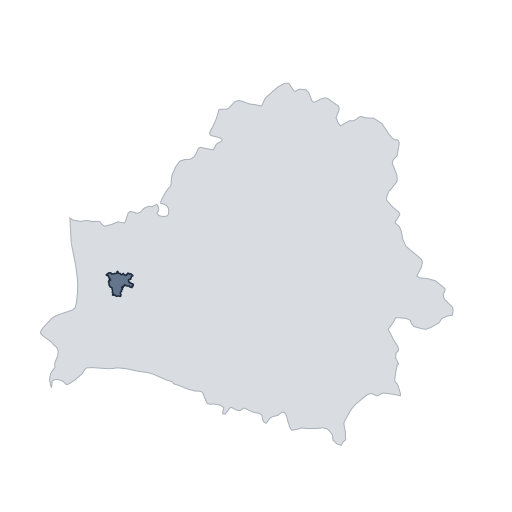 Zel'va, Grodno, Belarus shown in context, rotated 8°
{"feature_id": "67162791B91505134452571", "entity_name": "Zel'va", "entity_type": "district", "adm_level": 2, "iso_a3": "BLR", "parent_name": "Belarus", "parent_adm1": "Grodno", "projection": "mercator", "projection_center": [24.857, 53.119], "detail": "fine", "context": "in_parent", "style": "filled", "palette": "slate", "viewbox_px": 512, "rotation_deg": 8, "n_neighbors": 0, "source": "geoboundaries", "source_scale": "gbopen_adm2", "svg_char_len": 7057}
<svg xmlns="http://www.w3.org/2000/svg" viewBox="0 0 512 512"><g transform="rotate(8 256 256)"><path d="M418.5,374.3L410.5,373.8L400.8,374.0L395.3,377.8L389.4,375.9L385.2,378.1L375.6,388.5L371.9,394.1L368.4,402.7L366.2,409.0L367.4,413.5L369.1,417.6L369.5,422.0L370.4,425.5L368.1,428.0L366.7,431.6L362.6,431.0L357.7,427.5L356.7,422.5L352.9,418.9L350.4,417.1L346.2,416.8L339.6,418.5L331.0,419.7L324.5,420.1L321.0,421.9L315.7,423.6L313.7,421.6L310.8,415.8L308.4,410.1L306.7,407.6L305.3,406.9L303.6,407.0L301.5,408.8L300.0,410.7L294.6,412.9L292.2,414.9L289.5,420.2L287.8,419.8L286.0,418.6L283.9,412.7L281.1,411.3L276.5,411.3L270.8,410.0L266.3,408.2L264.6,408.7L261.9,411.2L258.9,411.5L252.4,409.3L251.2,410.3L247.4,416.8L245.7,417.1L244.7,416.3L245.2,410.7L241.5,408.7L235.1,408.4L230.7,409.2L228.5,408.9L227.4,407.8L221.9,398.3L219.1,397.7L213.9,398.2L206.3,397.1L197.5,394.9L192.6,394.1L190.1,392.0L184.7,391.3L170.2,387.2L164.2,386.5L155.5,386.5L142.2,385.6L133.7,386.1L129.7,387.4L125.1,388.2L109.3,389.3L103.7,390.4L102.1,392.4L100.2,396.8L93.7,404.3L87.4,409.4L86.2,409.8L82.5,407.1L79.4,406.2L75.8,405.9L73.2,406.8L71.6,408.1L71.8,413.9L71.5,414.4L68.7,407.5L68.9,401.2L70.5,397.6L72.4,394.4L71.6,389.6L73.4,383.1L73.5,378.5L72.7,376.4L71.2,374.1L67.1,371.5L65.2,369.5L59.7,366.8L54.1,363.5L53.2,361.4L53.5,360.0L54.4,357.8L58.6,351.5L63.2,345.4L66.1,342.9L81.7,335.0L84.1,332.3L84.7,327.6L84.4,318.1L83.5,309.4L82.3,303.4L79.3,292.2L71.2,268.7L66.4,244.2L69.5,245.7L77.0,246.2L82.9,244.5L85.9,244.3L88.6,244.8L96.4,243.4L98.3,245.6L101.8,247.6L108.6,244.8L114.7,241.3L121.0,241.7L121.9,240.0L123.4,231.2L125.3,229.3L132.8,230.2L135.6,228.6L138.5,224.3L142.9,221.6L146.6,221.6L150.4,218.6L152.3,220.6L153.3,224.2L152.0,227.1L152.5,228.3L155.2,229.7L159.8,229.7L162.7,228.5L163.4,226.8L163.4,223.8L162.6,221.0L160.7,218.6L157.1,217.3L154.5,217.3L154.1,215.7L155.0,212.4L157.2,206.3L160.0,200.8L161.7,198.7L161.9,196.8L161.6,193.5L161.6,187.4L164.0,178.9L167.4,172.6L171.8,170.5L177.3,169.4L180.8,166.4L182.5,162.9L184.0,157.3L185.8,156.2L198.9,156.9L200.9,151.4L202.1,149.9L204.6,148.2L206.4,146.3L205.7,144.8L202.3,143.8L194.4,142.9L192.8,141.1L193.3,138.9L195.4,133.2L197.5,125.8L198.5,120.1L198.6,116.7L199.7,115.8L206.2,114.7L208.3,113.5L213.9,105.7L218.1,104.3L229.1,106.4L234.1,106.2L240.4,106.8L241.0,106.0L243.2,98.2L254.0,85.7L259.8,81.3L263.5,80.4L264.7,80.6L270.5,87.2L271.9,87.5L275.8,84.7L282.4,84.5L285.5,86.8L290.0,94.9L292.2,95.8L298.7,91.3L302.3,89.8L304.7,89.9L316.9,96.1L317.8,98.2L317.9,100.5L316.0,107.8L318.5,112.3L321.5,115.4L327.8,110.4L330.1,108.9L332.6,108.9L336.0,107.0L338.5,104.2L340.8,103.2L345.3,103.9L353.5,103.2L362.9,107.7L363.7,109.0L368.5,114.2L370.1,116.8L371.7,117.6L374.2,120.1L377.6,121.7L379.9,121.2L381.0,122.0L382.1,124.0L382.2,127.4L381.8,137.0L378.4,142.0L378.0,143.7L378.2,145.9L380.8,150.0L384.3,156.4L385.1,160.1L385.1,162.8L380.4,171.0L378.8,172.9L377.7,176.9L377.2,180.9L377.5,182.6L385.4,189.1L391.2,192.6L392.5,194.3L392.6,195.3L389.5,202.2L389.2,204.0L393.9,206.9L396.5,211.4L398.8,218.7L403.2,225.6L419.7,235.8L421.2,237.6L421.7,239.8L421.2,244.6L418.1,253.5L421.0,254.9L428.3,254.5L437.1,255.6L447.7,262.0L447.8,264.8L446.7,267.4L447.4,270.2L448.6,272.5L457.8,279.5L458.6,281.6L458.8,285.0L458.6,287.5L456.0,288.0L453.2,289.2L448.6,292.2L446.7,296.5L439.3,302.3L434.6,304.9L431.0,305.0L422.2,303.9L419.1,301.0L417.9,298.3L414.5,297.1L410.0,297.0L403.8,297.5L402.6,298.3L401.6,301.5L398.9,307.1L397.1,310.2L404.9,321.1L408.8,325.6L410.1,328.3L410.0,330.3L408.2,332.6L408.4,337.2L412.3,343.3L411.0,344.2L410.6,351.7L410.6,359.6L411.6,361.5L413.7,363.1L415.4,366.0L418.3,372.6L418.5,374.3Z" fill="#d9dde1" stroke="#a8b0b8" stroke-width="1"/><path d="M134.5,291.0L134.1,291.2L133.9,291.3L133.6,291.6L133.3,291.6L133.0,291.3L132.7,291.0L132.2,290.8L131.3,290.9L131.1,291.3L131.3,291.6L131.3,291.8L131.1,292.0L130.8,292.1L130.5,292.2L130.2,292.6L130.3,292.9L130.2,293.2L129.9,293.4L129.4,293.4L129.1,293.2L128.6,293.0L128.3,293.0L127.9,292.9L127.7,292.7L127.4,292.1L127.2,291.8L126.8,291.9L126.8,292.2L126.6,292.4L126.4,292.7L126.1,292.8L125.8,293.0L125.5,293.1L125.2,293.3L124.8,293.2L124.4,292.9L124.2,292.4L123.8,292.2L123.2,292.2L122.5,292.2L122.0,292.2L121.9,292.0L121.7,291.6L121.7,291.2L121.6,290.9L121.3,290.6L120.9,290.5L120.6,290.8L120.7,291.1L120.7,291.4L120.7,291.6L120.6,291.9L120.4,292.2L120.2,292.6L119.6,292.8L119.2,292.9L118.9,292.8L118.5,293.0L118.2,293.3L117.5,293.5L117.0,293.5L116.6,293.6L116.2,293.7L115.9,293.8L115.3,293.9L115.2,293.8L115.1,293.4L115.0,293.1L114.6,292.9L113.8,293.0L113.3,292.9L112.9,293.1L112.5,293.2L112.2,293.4L112.1,293.9L112.1,294.2L111.9,294.5L111.7,294.6L111.4,294.5L111.0,294.7L110.6,294.9L110.4,295.3L110.5,295.6L110.7,296.0L111.4,296.0L111.9,296.0L112.1,296.2L112.5,296.3L112.7,296.6L112.9,296.8L113.1,297.0L113.2,297.4L113.3,297.9L113.5,298.2L113.8,298.3L114.0,298.3L114.1,298.6L114.1,299.1L114.1,299.4L114.5,299.5L114.7,299.4L115.0,299.4L115.2,299.7L115.3,300.0L115.1,300.4L114.9,300.5L114.6,300.7L114.1,300.7L113.8,300.8L113.9,301.2L114.0,301.4L113.8,301.8L113.5,302.0L113.5,302.3L113.7,302.5L113.8,302.7L114.0,303.0L114.2,303.4L114.3,303.7L114.4,304.3L114.4,304.8L114.5,305.3L115.0,305.7L115.4,306.2L115.7,306.4L115.8,306.8L115.9,307.0L116.4,307.1L116.6,307.1L117.1,307.2L117.5,307.4L117.8,307.7L117.9,308.0L117.9,308.4L118.0,308.8L118.1,309.0L118.5,309.3L118.7,309.7L118.7,310.2L118.8,310.7L118.8,311.2L118.8,312.2L119.4,312.4L119.6,312.9L119.6,313.3L119.4,313.8L119.4,314.2L119.4,314.6L120.0,314.8L120.6,314.7L120.9,314.2L121.2,314.0L121.7,314.4L122.2,314.5L122.5,314.8L122.9,315.2L123.8,315.3L124.2,315.1L124.9,314.8L125.4,314.7L126.2,314.8L126.9,314.9L127.5,314.8L127.6,314.6L127.7,313.9L127.7,313.1L127.4,312.6L127.1,312.2L126.9,311.8L126.7,311.4L126.8,310.9L127.1,310.4L127.5,310.1L127.8,309.9L127.8,309.4L127.8,309.2L127.6,309.0L127.5,308.8L127.5,308.2L128.1,307.8L128.3,307.6L128.4,307.4L128.3,307.1L128.1,306.8L128.0,306.6L127.8,306.4L127.4,306.1L127.3,305.9L127.4,305.6L127.7,305.5L127.9,305.4L128.1,305.6L128.3,305.7L128.5,305.8L128.7,305.7L128.8,305.6L128.8,305.3L128.7,305.0L128.5,304.8L128.4,304.6L128.5,304.4L128.9,304.3L129.2,304.2L129.4,304.1L129.6,304.0L129.9,303.9L130.0,303.7L130.0,303.4L129.9,303.2L130.0,302.8L130.6,303.1L131.0,303.3L131.7,303.6L132.3,303.6L132.8,303.6L133.5,303.6L134.1,303.4L134.8,303.5L135.0,303.9L135.2,304.2L135.9,304.3L136.4,304.3L136.9,304.5L137.5,304.5L137.7,304.1L137.6,303.7L137.7,303.1L138.2,303.1L138.5,302.6L138.5,302.4L138.5,302.0L138.5,301.7L138.4,301.3L138.2,301.1L138.0,300.8L137.6,300.7L137.2,300.7L136.8,300.6L136.5,300.4L136.2,300.5L135.7,300.5L135.1,300.2L134.8,300.3L134.4,300.0L134.5,299.5L134.3,299.4L133.8,299.4L133.5,299.0L133.5,298.6L133.3,298.2L133.1,297.9L133.0,297.5L133.2,297.2L133.5,297.0L133.8,296.8L134.3,296.7L134.7,296.6L135.1,296.4L135.3,296.1L135.0,295.6L135.0,295.2L135.2,294.8L135.5,294.6L135.5,294.2L135.6,293.8L135.8,293.4L136.2,293.1L136.8,292.7L136.5,292.3L136.1,292.0L135.6,291.7L134.9,291.3L134.5,291.0Z" fill="#64748b" stroke="#1e293b" stroke-width="1.5"/></g></svg>